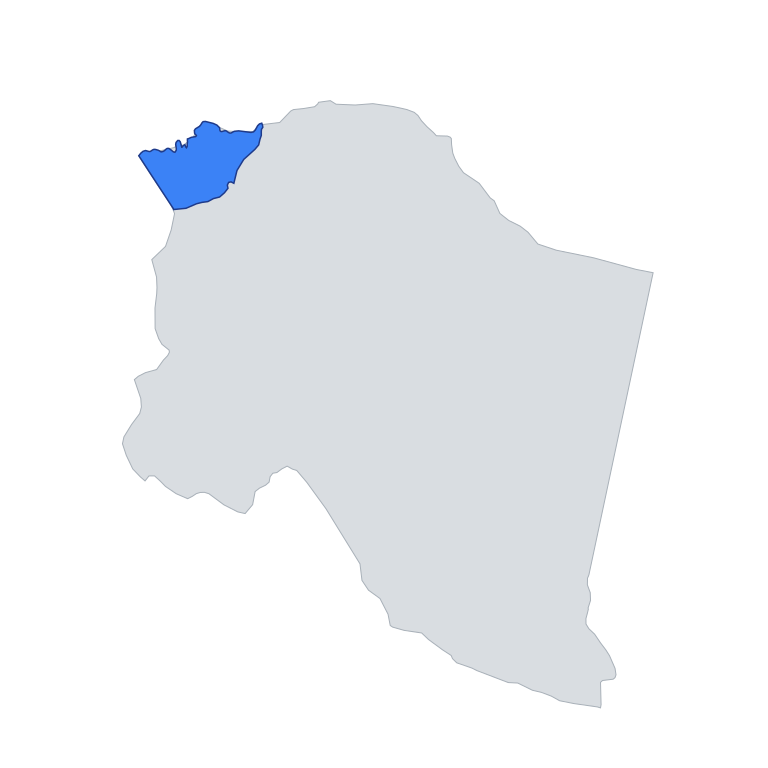 Uganda, with Kaabong highlighted, rotated 282°
{"feature_id": "UGA-3125", "entity_name": "Kaabong", "entity_type": "District", "adm_level": 1, "iso_a3": "UGA", "parent_name": "Uganda", "parent_adm1": "", "projection": "mercator", "projection_center": [34.168, 3.648], "detail": "fine", "context": "in_parent", "style": "filled", "palette": "blue", "viewbox_px": 768, "rotation_deg": 282, "n_neighbors": 0, "source": "natural_earth", "source_scale": "10m", "svg_char_len": 3697}
<svg xmlns="http://www.w3.org/2000/svg" viewBox="0 0 768 768"><g transform="rotate(282 384 384)"><path d="M548.8,624.1L537.8,624.1L519.9,624.1L501.9,624.1L484.0,624.1L466.1,624.1L448.1,624.1L430.2,624.1L412.2,624.1L394.3,624.1L376.3,624.1L358.4,624.1L340.4,624.1L322.5,624.1L304.6,624.1L286.6,624.1L268.7,624.1L250.7,624.1L240.1,624.1L238.0,623.8L236.5,623.4L229.8,624.7L222.8,629.1L215.3,631.0L207.3,630.2L206.3,630.7L202.3,630.6L196.5,630.3L191.2,631.5L187.2,635.3L183.1,642.0L175.8,649.6L170.0,656.3L165.1,661.1L153.9,669.1L147.8,671.4L144.8,671.0L142.9,669.5L139.4,659.4L137.2,657.8L115.5,663.0L112.2,663.1L112.5,659.9L110.9,636.2L110.7,621.6L113.5,612.5L115.1,602.0L115.3,592.8L119.3,577.0L117.8,567.6L123.0,534.4L124.4,529.1L126.4,513.1L129.6,508.1L132.4,506.2L136.2,496.4L143.3,480.7L148.3,472.6L147.2,455.0L148.0,443.0L149.1,440.3L159.7,435.8L173.3,424.7L179.1,411.7L187.3,403.3L203.1,397.9L250.0,353.1L271.8,328.9L281.3,316.6L281.7,312.1L283.5,306.3L279.7,301.7L275.1,297.6L273.6,293.8L269.7,291.9L264.1,292.0L260.4,289.2L256.2,283.8L252.0,280.3L238.7,280.6L228.4,275.1L228.5,267.5L232.5,252.6L240.3,235.5L240.7,230.8L239.7,226.8L237.8,223.3L234.3,219.9L231.0,215.8L233.5,203.5L238.4,191.5L242.4,185.5L246.4,178.7L245.2,173.2L239.5,170.4L242.5,165.0L248.7,155.9L260.7,146.7L271.2,140.6L278.2,140.6L291.9,145.5L304.3,151.2L311.0,151.5L319.3,149.1L336.4,138.9L340.5,142.1L345.5,148.3L350.9,158.6L361.6,163.3L366.8,166.5L370.5,167.5L372.5,166.7L376.6,158.6L381.5,154.2L390.6,148.6L410.7,144.2L425.1,142.9L431.1,141.9L441.3,139.3L457.4,131.0L473.2,141.7L490.4,143.8L507.1,143.7L512.1,140.5L515.1,138.0L532.5,120.4L556.2,96.6L571.9,130.1L577.4,132.1L576.6,135.0L575.3,137.8L585.6,145.9L598.3,150.1L602.8,154.3L603.2,158.7L598.9,178.3L599.7,183.9L603.8,203.5L611.4,207.9L618.1,227.6L631.6,236.0L633.6,238.4L636.7,248.0L640.8,258.5L644.1,260.9L646.0,261.5L650.0,272.6L647.7,278.9L650.9,297.8L655.9,314.8L657.3,335.0L657.3,343.9L657.2,349.4L656.0,357.1L653.6,361.5L649.3,365.9L644.5,372.7L640.3,380.0L637.7,383.6L639.7,394.5L639.2,397.4L638.1,398.8L632.0,400.4L624.1,403.3L619.4,406.3L612.6,411.8L607.2,417.8L600.1,435.4L588.1,449.2L586.1,453.7L574.9,461.9L569.9,472.0L566.7,484.4L562.4,493.3L552.9,505.4L550.7,524.7L551.0,563.1L548.5,606.9L548.8,624.1Z" fill="#d9dde1" stroke="#a8b0b8" stroke-width="1"/><path d="M510.9,142.0L511.4,141.8L518.9,134.3L528.5,124.6L539.8,113.2L548.1,104.9L556.3,96.7L559.2,98.1L561.5,99.9L562.8,102.2L562.6,105.4L562.7,106.7L563.6,107.8L564.8,108.9L565.6,110.0L565.9,111.2L565.9,112.4L565.7,114.7L565.3,116.1L564.8,117.1L564.8,118.1L565.6,119.7L566.8,120.9L568.3,121.9L569.4,123.0L569.7,124.6L568.6,127.2L567.3,129.6L567.2,131.3L569.5,132.2L571.1,131.9L575.1,130.4L577.1,130.4L579.3,131.6L579.6,133.0L578.5,134.4L573.6,136.9L573.8,137.4L575.4,138.0L576.7,139.5L574.7,140.8L574.0,141.6L575.3,142.1L576.1,142.0L577.9,141.6L579.9,141.5L581.9,140.9L582.9,140.8L583.0,141.3L585.2,144.2L586.8,148.3L587.9,148.9L588.4,148.5L588.8,147.6L589.9,146.6L592.6,145.8L594.4,146.5L597.7,150.0L599.6,151.0L601.5,151.6L603.0,152.5L603.7,154.7L603.4,162.8L602.5,166.8L600.5,169.8L599.6,170.3L598.6,170.5L597.7,170.9L597.1,171.8L597.2,172.9L598.4,175.1L598.8,176.2L598.7,177.2L597.7,179.6L597.4,180.8L597.6,182.0L598.4,183.1L599.4,184.1L600.1,185.2L601.4,189.2L602.4,201.6L603.5,204.0L605.6,205.3L610.4,206.7L612.5,208.1L613.7,210.2L611.8,211.4L609.9,212.1L607.6,211.2L605.4,211.5L601.6,212.3L597.6,211.8L591.8,211.7L586.6,208.9L574.5,200.1L562.3,195.8L549.1,195.4L549.9,192.4L548.9,190.1L546.0,189.4L543.0,190.7L537.9,188.2L532.7,184.3L529.9,178.6L525.8,173.8L523.8,168.2L521.3,163.1L514.7,153.8L511.1,142.5L510.9,142.0Z" fill="#3b82f6" stroke="#1e3a8a" stroke-width="1.5"/></g></svg>